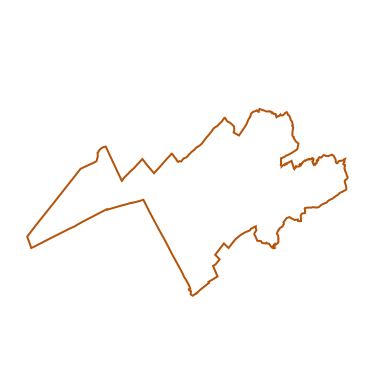 the district of Grebanu, Buzau, Romania, rotated 104°
{"feature_id": "2599482B43231848905676", "entity_name": "Grebanu", "entity_type": "district", "adm_level": 2, "iso_a3": "ROU", "parent_name": "Romania", "parent_adm1": "Buzau", "projection": "natural_earth1", "projection_center": [26.952, 45.364], "detail": "fine", "context": "isolated", "style": "outline", "palette": "amber", "viewbox_px": 384, "rotation_deg": 104, "n_neighbors": 0, "source": "geoboundaries", "source_scale": "gbopen_adm2", "svg_char_len": 5871}
<svg xmlns="http://www.w3.org/2000/svg" viewBox="0 0 384 384"><g transform="rotate(104 192 192)"><path d="M285.2,334.4L283.6,332.3L272.4,319.6L257.4,302.2L253.7,297.5L251.0,294.9L247.4,291.0L229.1,270.3L229.6,269.8L222.8,258.2L219.5,252.2L217.7,249.2L217.2,248.5L217.2,247.5L216.8,247.3L215.8,245.1L213.7,241.2L211.3,237.3L222.3,227.8L235.4,215.9L246.3,205.8L257.9,195.6L272.6,182.0L276.1,179.3L277.7,177.7L277.9,177.3L283.0,172.5L286.0,170.5L286.1,170.9L287.1,171.5L287.4,171.5L287.7,171.2L288.0,170.9L288.2,170.4L288.2,169.5L288.7,168.9L291.4,168.7L291.8,168.2L292.1,167.6L292.3,166.3L292.4,166.1L289.0,163.2L289.2,162.9L288.8,162.7L288.7,162.7L288.2,162.4L288.2,162.5L287.8,162.2L285.5,160.7L285.2,160.6L277.9,155.0L276.1,153.5L275.2,154.3L272.2,151.1L267.8,146.8L258.6,153.7L257.5,152.5L256.7,151.7L250.6,148.9L247.3,154.3L234.2,148.6L237.5,143.0L228.1,138.8L226.7,138.0L221.5,134.0L218.3,130.7L215.7,127.1L214.9,126.3L213.4,126.0L209.9,121.8L211.6,121.4L212.9,120.6L213.5,120.3L216.9,121.4L217.6,121.4L218.6,120.9L218.7,120.7L219.5,119.9L223.5,116.9L223.1,113.7L223.0,113.0L224.3,111.9L224.5,111.4L224.0,107.7L223.3,107.4L223.5,107.1L223.7,105.9L223.6,104.5L225.7,102.3L226.1,101.6L226.5,101.2L226.9,98.9L226.4,98.3L226.3,98.8L226.0,98.9L225.4,98.8L225.5,99.5L225.3,100.0L224.9,100.2L224.2,100.0L223.0,99.5L223.1,99.2L222.6,99.1L222.7,98.8L222.6,98.7L222.6,98.4L222.8,98.4L222.7,98.1L222.2,98.0L222.3,97.8L221.9,97.6L221.9,97.4L222.0,97.4L221.4,96.9L221.1,96.5L219.6,96.0L218.6,96.4L216.7,96.7L216.8,96.9L213.3,97.9L212.9,98.4L212.4,99.3L211.9,99.5L209.9,99.4L208.7,98.9L208.1,99.0L207.3,98.6L207.2,98.4L207.0,98.5L206.4,98.4L204.7,97.1L203.7,95.9L201.5,95.4L200.9,95.1L199.6,95.6L199.5,95.9L199.1,95.8L194.3,93.8L192.8,91.5L193.6,88.7L193.9,86.8L194.4,86.0L194.4,85.7L193.1,82.6L194.5,82.0L194.3,80.7L193.8,79.2L192.7,79.4L188.3,80.9L186.5,80.1L186.0,79.4L185.2,77.3L183.4,77.6L181.5,78.3L181.1,78.6L180.4,78.6L179.1,75.9L178.9,74.8L178.8,74.5L178.2,72.2L177.5,71.0L177.1,69.2L177.3,69.0L177.3,68.8L176.5,66.1L176.1,65.4L173.0,63.2L171.4,61.4L170.9,60.4L169.3,58.5L168.2,58.1L166.8,57.0L164.1,53.8L163.1,53.1L161.1,51.3L160.6,51.0L159.7,50.0L157.0,48.2L156.5,47.7L155.3,46.0L154.1,44.9L152.9,43.3L152.0,42.9L149.3,43.8L147.1,45.1L146.8,45.4L146.0,45.7L144.7,46.5L143.2,46.1L142.7,45.5L141.5,44.7L140.5,44.5L139.8,44.6L138.6,45.8L137.0,46.6L135.6,47.5L134.9,48.3L133.0,49.2L132.8,49.6L132.0,49.9L130.7,50.0L130.0,49.9L129.8,49.8L128.8,50.2L128.8,51.0L128.5,51.9L126.3,51.7L125.9,51.6L125.9,51.4L124.9,51.8L123.0,51.6L123.8,52.6L125.0,53.4L126.0,55.8L126.1,56.3L126.6,57.0L126.8,57.2L128.8,57.8L129.1,58.5L128.9,58.8L128.4,59.5L127.8,59.9L126.2,60.3L124.7,61.3L124.1,62.1L122.7,63.2L121.9,65.4L122.6,66.2L123.4,67.3L123.6,67.8L124.1,68.3L124.6,71.2L124.2,72.4L124.4,73.3L127.3,74.9L127.5,75.2L127.2,76.5L128.2,77.2L129.0,77.5L130.3,77.1L130.5,77.1L131.3,77.6L130.9,78.4L131.1,78.6L131.3,78.6L132.1,78.2L132.8,78.3L133.0,78.0L133.4,77.9L134.6,78.7L135.3,78.8L135.8,79.1L135.0,79.8L136.1,80.4L135.6,80.8L135.3,81.3L134.8,81.5L133.5,82.5L133.3,82.4L133.2,82.0L132.6,82.0L131.8,82.2L131.3,82.0L131.0,82.0L130.4,82.2L130.2,82.4L130.2,82.8L129.9,83.4L130.0,83.6L130.4,83.8L130.8,83.6L131.6,84.4L131.4,85.1L131.9,85.5L131.5,86.3L131.7,86.8L132.6,87.3L132.8,87.8L132.8,88.1L132.9,88.6L134.4,89.6L134.2,90.3L136.9,92.1L137.1,92.0L137.6,92.0L138.4,92.5L138.7,94.0L139.4,94.3L139.9,92.9L141.0,93.8L141.4,94.3L141.7,95.2L141.6,96.1L142.0,96.9L141.9,97.1L141.9,97.4L142.5,97.5L143.1,97.2L144.4,98.1L145.1,98.3L144.8,98.7L143.0,99.7L137.7,103.0L139.4,104.7L140.9,106.5L141.2,106.4L141.6,106.6L142.4,107.5L141.8,107.9L142.5,108.6L143.4,108.8L143.2,109.1L144.8,110.8L145.6,111.2L144.9,111.4L144.6,111.8L144.5,112.2L144.3,112.4L144.0,112.2L140.9,113.1L137.7,113.8L137.2,112.7L136.4,112.0L135.2,110.4L133.7,109.2L133.3,108.4L130.5,105.2L128.4,103.2L125.0,100.2L121.1,100.3L119.2,100.4L118.0,103.2L117.2,104.1L116.7,104.4L116.2,105.2L115.3,106.2L114.8,106.4L114.1,106.5L113.9,107.2L113.6,107.7L112.9,108.3L107.7,109.3L104.9,109.4L104.1,110.0L103.5,110.8L103.0,110.8L102.7,110.4L99.6,111.9L98.0,113.8L96.5,114.5L94.7,115.9L94.1,116.5L94.1,117.4L94.0,117.6L92.8,118.2L91.6,119.4L92.5,120.5L93.1,120.9L93.8,121.1L95.6,122.5L95.9,123.0L96.0,124.0L96.0,124.6L95.5,125.0L96.9,125.5L97.4,126.4L97.7,126.5L97.7,126.9L98.3,127.8L98.9,128.2L98.0,128.8L96.5,129.4L96.1,129.9L96.4,131.2L95.9,131.8L96.4,133.2L95.9,133.7L95.2,133.7L95.1,134.3L95.0,135.2L95.2,135.3L95.2,135.9L95.0,136.1L94.9,136.9L95.6,137.9L95.8,139.6L95.5,141.6L95.1,146.6L97.4,146.8L98.1,146.7L98.1,147.1L97.9,147.5L97.8,147.9L97.2,148.3L97.1,149.0L97.9,149.7L98.6,150.6L99.2,151.9L101.7,153.7L104.0,153.6L104.5,153.9L105.2,153.7L107.3,154.6L109.7,155.1L111.6,155.2L112.7,155.5L115.6,156.3L125.8,160.1L124.2,166.0L122.9,165.9L121.4,166.0L118.5,167.0L118.2,167.2L116.5,170.0L116.0,171.0L115.6,172.0L115.1,174.3L114.9,174.9L112.1,177.9L112.2,178.4L113.3,178.9L113.3,179.0L116.3,180.1L117.3,180.7L117.9,181.0L118.9,181.8L121.7,183.3L124.1,185.7L125.3,186.4L126.1,186.9L126.7,187.0L128.7,187.8L132.9,189.7L135.9,191.3L142.3,194.0L143.7,194.8L145.2,195.9L146.8,197.4L146.7,197.6L148.1,198.7L150.1,199.7L153.5,202.3L156.2,203.8L156.3,204.0L157.5,204.6L158.2,204.8L158.9,205.2L159.8,205.9L161.5,208.3L162.1,208.5L163.2,209.2L164.9,209.8L165.1,211.0L165.1,211.7L166.1,212.6L165.9,213.3L165.0,214.5L164.5,214.7L164.0,215.2L162.6,217.1L159.7,220.6L159.7,220.8L159.8,221.1L162.8,222.6L164.9,223.9L176.4,229.8L183.0,233.4L175.9,243.2L172.0,248.1L178.4,251.7L182.3,253.7L188.1,257.6L189.0,257.9L191.8,259.7L192.9,260.2L193.5,260.8L196.8,262.2L197.9,262.5L198.2,262.8L168.8,286.7L169.7,288.5L170.7,289.8L171.7,290.7L173.6,292.0L175.8,292.6L176.7,293.1L176.9,293.1L177.1,292.9L178.1,292.7L180.5,292.0L184.8,292.1L185.7,292.5L196.4,305.7L235.3,323.2L260.9,334.9L275.1,341.1L285.2,334.4Z" fill="none" stroke="#b45309" stroke-width="2"/></g></svg>